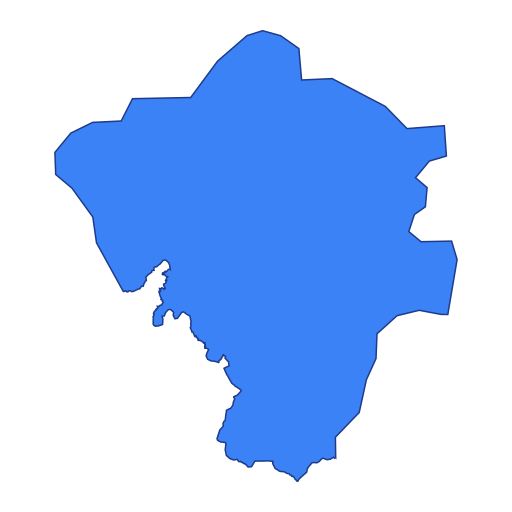 Aksy, Jalal-Abad, Kyrgyzstan
{"feature_id": "92254566B91870042144057", "entity_name": "Aksy", "entity_type": "district", "adm_level": 2, "iso_a3": "KGZ", "parent_name": "Kyrgyzstan", "parent_adm1": "Jalal-Abad", "projection": "orthographic", "projection_center": [71.846, 41.557], "detail": "fine", "context": "isolated", "style": "filled", "palette": "blue", "viewbox_px": 512, "rotation_deg": 0, "n_neighbors": 0, "source": "geoboundaries", "source_scale": "gbopen_adm2", "svg_char_len": 5456}
<svg xmlns="http://www.w3.org/2000/svg" viewBox="0 0 512 512"><path d="M123.2,291.3L123.9,291.6L125.5,290.7L126.8,291.8L127.1,291.6L127.9,291.9L128.6,291.0L129.7,290.6L131.4,291.5L132.8,291.6L134.0,291.1L138.4,289.0L139.7,288.9L140.7,287.5L141.2,286.6L141.3,286.4L141.5,286.2L142.1,286.2L142.4,286.3L142.9,286.3L143.1,286.3L143.2,286.2L143.5,285.7L143.5,284.9L143.7,284.2L144.1,283.5L144.5,283.1L144.6,282.6L144.6,282.1L144.9,281.9L146.4,280.4L146.1,278.5L146.0,278.1L145.7,277.3L148.2,274.7L151.7,272.2L151.7,271.0L152.2,270.6L154.1,270.3L153.9,269.4L153.8,268.6L154.4,267.0L156.6,266.8L158.8,264.8L160.4,263.7L162.0,261.7L162.8,260.6L164.5,260.0L166.2,260.4L167.7,261.8L168.8,262.9L169.7,265.5L169.9,267.2L170.0,267.7L170.1,267.8L170.3,269.3L170.0,269.0L168.3,269.5L167.0,271.1L165.7,272.0L165.3,272.2L165.1,272.1L165.0,271.5L164.9,271.6L164.5,272.1L164.1,272.2L163.9,272.7L163.4,273.0L162.7,272.9L162.7,273.0L162.5,273.4L162.5,273.7L162.3,274.0L162.4,274.4L162.7,274.7L163.4,274.8L163.8,274.7L163.9,274.2L164.3,274.1L164.6,274.6L165.1,275.2L165.5,275.8L166.0,276.2L166.7,276.4L167.1,276.5L167.7,276.8L166.9,277.3L166.1,279.3L166.7,280.1L166.0,280.2L165.8,280.2L165.5,280.6L165.8,281.0L165.9,281.7L166.1,282.4L166.1,282.6L165.3,283.3L164.9,283.6L164.5,283.9L163.9,283.9L163.5,284.7L164.1,286.4L164.7,287.2L165.3,288.2L165.3,288.5L164.7,288.6L164.3,288.6L164.0,289.2L163.6,288.9L163.2,288.5L162.9,288.3L162.7,288.0L162.3,288.0L161.9,287.9L161.5,287.9L161.4,288.4L161.0,289.1L159.5,288.5L159.5,289.0L159.9,289.9L160.4,291.4L159.6,291.6L159.1,291.4L158.9,291.4L159.3,293.0L160.2,296.1L160.7,297.2L161.5,298.8L160.9,299.3L160.9,299.5L161.3,299.6L161.9,299.9L162.1,300.1L162.3,300.2L162.7,300.7L162.3,301.2L162.4,301.5L163.1,302.1L162.7,303.3L162.1,303.8L161.9,304.9L161.4,305.3L160.9,305.2L160.4,305.1L159.9,305.5L159.6,305.6L159.2,305.9L159.1,306.1L159.1,306.3L158.4,306.6L157.9,306.6L157.3,306.3L157.3,306.8L157.7,307.2L157.8,308.3L157.5,308.6L157.1,308.6L156.7,308.7L156.6,308.9L156.4,309.1L156.1,309.4L155.8,309.5L156.0,310.2L154.3,311.4L153.6,313.1L153.5,313.7L154.2,313.8L154.2,314.2L153.3,316.4L153.0,316.8L153.3,317.6L153.4,318.1L153.2,319.3L153.2,324.3L154.0,325.5L155.5,326.2L158.5,325.9L162.6,324.5L162.9,318.8L162.1,316.2L164.4,315.9L165.4,313.0L167.4,310.5L168.4,309.6L170.8,309.6L173.6,312.3L173.2,315.4L175.0,318.8L177.5,318.3L179.0,316.1L181.5,312.7L182.9,311.8L184.4,312.4L186.2,313.9L187.8,314.9L190.0,316.1L190.5,319.1L191.1,321.6L190.7,323.3L191.0,326.1L190.3,327.6L191.0,329.6L191.7,330.7L191.9,332.0L193.0,332.3L193.5,333.3L194.8,336.4L195.2,336.8L195.5,336.7L195.7,336.4L195.7,335.8L195.9,335.7L196.1,335.8L196.8,337.5L197.6,338.6L198.0,338.5L197.9,339.9L198.2,340.2L198.4,340.1L198.6,340.4L198.9,340.5L199.1,340.5L199.6,340.2L200.8,340.7L203.0,342.2L203.6,343.1L204.5,342.6L205.0,342.7L204.8,343.4L204.8,344.1L205.2,344.3L205.3,344.5L204.9,345.4L204.7,345.6L204.7,345.9L204.9,346.0L205.2,346.1L205.3,346.2L205.1,346.4L205.1,346.7L204.7,347.0L204.9,348.3L206.1,348.2L206.8,348.3L208.7,349.5L207.1,352.5L206.1,355.9L207.6,359.2L210.7,360.8L215.2,361.4L218.7,362.5L219.0,362.0L218.9,361.3L219.1,360.5L219.6,360.1L220.3,360.0L221.0,359.2L221.7,358.1L222.0,357.3L222.5,356.4L223.2,355.8L223.3,355.1L223.3,354.7L223.5,354.7L223.5,355.1L223.6,355.3L223.8,355.6L224.2,355.7L224.9,355.9L225.6,356.8L225.1,357.6L225.1,358.3L228.5,361.8L229.1,365.8L224.0,368.3L226.7,374.5L228.0,376.4L229.1,378.6L230.5,381.0L231.7,383.1L232.6,383.9L234.2,385.0L235.1,386.2L237.0,387.2L239.5,389.0L240.7,389.8L241.3,390.5L240.4,391.8L239.5,392.6L238.9,393.5L238.1,394.3L237.1,395.2L234.9,396.2L233.8,396.7L233.7,397.4L234.2,398.0L234.7,398.9L233.3,402.1L233.0,404.7L231.9,406.7L230.4,408.5L230.2,408.7L229.5,408.7L226.4,410.3L226.4,411.7L226.0,413.6L225.1,420.6L223.7,421.7L223.0,423.7L223.3,426.1L219.8,430.0L217.0,438.6L217.6,440.3L220.7,442.0L225.4,442.5L225.9,443.9L225.2,449.9L226.4,455.5L229.9,458.6L233.4,459.9L234.5,459.9L235.6,459.7L236.3,459.6L237.0,459.3L237.4,459.6L238.1,460.6L238.5,461.5L238.8,461.6L239.6,461.6L240.2,461.8L240.9,461.4L241.5,462.1L242.0,462.4L243.3,462.8L243.5,463.0L243.4,463.4L243.8,463.6L244.3,463.6L244.7,463.8L245.2,463.8L245.5,464.4L245.9,464.5L248.1,467.0L251.6,466.7L254.9,461.1L265.4,461.0L267.5,460.8L270.4,461.1L272.8,461.3L272.7,463.6L274.3,466.8L275.2,468.5L276.6,469.4L277.8,469.9L278.7,470.8L280.5,471.5L282.2,471.5L284.1,471.8L284.5,471.9L284.8,472.1L285.5,472.5L286.2,473.0L286.5,473.2L287.8,473.6L288.7,473.6L289.3,473.9L289.8,474.9L290.8,475.0L291.2,475.1L291.6,476.0L291.8,476.3L292.3,476.1L292.6,476.1L292.7,476.5L293.6,476.9L294.2,477.5L294.5,478.1L295.2,479.3L295.8,479.9L296.4,480.2L296.8,481.0L297.8,481.3L299.0,479.1L300.9,477.3L302.0,476.3L306.5,472.4L306.9,471.2L307.2,469.1L308.8,466.4L309.8,465.5L310.7,464.3L311.8,463.1L313.0,462.5L316.8,462.8L319.1,461.6L320.8,459.8L322.0,458.6L323.2,458.2L324.1,458.6L327.0,459.7L330.3,459.2L333.6,457.2L334.6,458.2L335.4,457.3L335.7,457.6L335.4,437.2L359.2,412.5L366.4,379.7L376.0,358.6L377.0,333.8L397.0,315.7L419.2,310.3L441.0,314.4L447.8,314.5L457.1,259.6L451.6,241.1L421.0,241.7L408.8,231.6L414.4,214.5L425.4,206.8L427.1,187.6L415.5,177.7L429.3,161.1L446.4,156.0L444.3,125.7L407.0,128.6L385.3,106.4L332.1,78.6L301.6,80.0L298.9,48.6L280.6,35.7L262.6,30.7L247.0,35.6L217.6,61.1L190.7,97.5L132.5,98.7L121.2,121.0L92.6,122.4L70.8,133.1L54.9,152.4L55.7,174.5L72.0,188.2L92.8,217.0L96.5,242.8L123.2,291.3Z" fill="#3b82f6" stroke="#1e3a8a" stroke-width="1.5"/></svg>